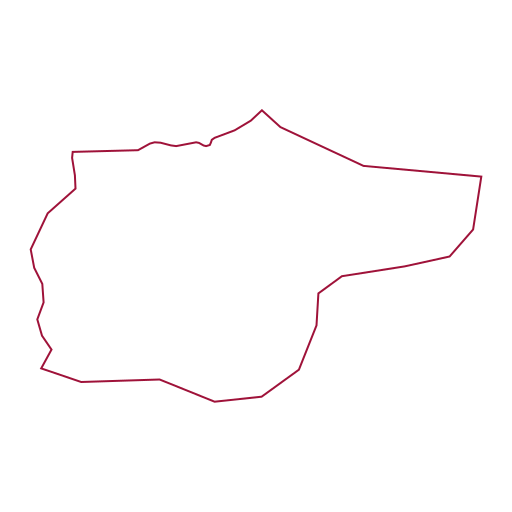 map outline of Düzce (Natural Earth projection)
{"feature_id": "TUR-5519", "entity_name": "Düzce", "entity_type": "Province", "adm_level": 1, "iso_a3": "TUR", "parent_name": "Turkey", "parent_adm1": "", "projection": "natural_earth1", "projection_center": [31.197, 40.911], "detail": "fine", "context": "isolated", "style": "outline", "palette": "rose", "viewbox_px": 512, "rotation_deg": 0, "n_neighbors": 0, "source": "natural_earth", "source_scale": "10m", "svg_char_len": 652}
<svg xmlns="http://www.w3.org/2000/svg" viewBox="0 0 512 512"><path d="M72.7,151.9L138.0,150.2L149.9,143.6L154.6,142.3L160.5,142.7L170.9,145.4L176.2,146.1L196.1,142.3L199.0,142.9L203.6,145.5L206.1,146.1L209.8,145.0L210.9,142.6L211.8,139.8L214.7,137.8L234.7,130.3L250.9,120.6L261.9,110.3L280.4,127.1L363.5,165.9L481.3,176.6L473.1,229.5L449.6,256.5L404.6,266.4L341.9,276.2L318.4,293.4L316.5,325.4L298.9,369.7L261.6,396.7L214.6,401.7L159.6,379.5L81.2,382.0L41.2,368.4L51.5,349.6L42.0,335.7L37.3,319.4L43.6,302.4L42.3,283.9L34.2,267.8L30.7,249.4L47.7,213.3L75.5,188.6L74.9,175.3L72.1,157.9L72.7,151.9Z" fill="none" stroke="#9f1239" stroke-width="2"/></svg>